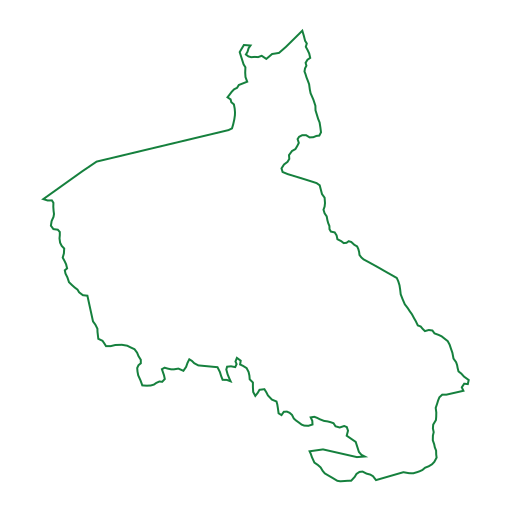 the district of Paramirim, Bahia, Brazil
{"feature_id": "56859067B35436689677217", "entity_name": "Paramirim", "entity_type": "district", "adm_level": 2, "iso_a3": "BRA", "parent_name": "Brazil", "parent_adm1": "Bahia", "projection": "albers", "projection_center": [-42.216, -13.498], "detail": "fine", "context": "isolated", "style": "outline", "palette": "green", "viewbox_px": 512, "rotation_deg": 0, "n_neighbors": 0, "source": "geoboundaries", "source_scale": "gbopen_adm2", "svg_char_len": 4414}
<svg xmlns="http://www.w3.org/2000/svg" viewBox="0 0 512 512"><path d="M302.3,30.7L285.9,46.9L279.0,52.9L275.4,53.5L272.1,54.0L269.2,56.5L266.3,58.9L261.7,55.8L258.1,57.1L254.6,56.9L251.2,57.2L248.4,56.4L245.9,54.5L247.5,51.8L248.6,48.2L250.5,45.5L243.9,45.0L241.2,49.5L239.7,52.1L242.7,61.6L243.6,64.4L245.4,67.3L245.2,72.8L245.5,77.1L247.2,81.7L238.8,85.0L237.1,87.8L234.1,89.3L231.7,91.8L229.3,95.0L227.5,97.3L230.6,99.4L231.3,102.2L233.9,104.4L234.7,108.7L235.0,112.4L234.9,115.3L234.3,119.4L233.2,124.3L232.0,128.4L228.5,130.1L96.6,161.6L82.4,171.2L43.3,199.1L47.7,200.5L51.9,200.4L53.4,202.8L53.3,206.9L53.6,211.0L54.0,214.0L53.5,216.9L51.6,221.1L50.9,225.7L53.4,229.1L57.8,229.7L59.8,232.0L59.8,235.3L59.5,238.4L60.1,242.7L61.7,245.9L64.2,248.5L63.9,253.4L62.7,257.6L64.6,261.1L66.1,264.3L67.1,268.4L64.8,270.3L65.5,273.6L67.4,277.4L69.0,282.2L71.9,285.0L74.7,287.5L77.5,289.6L79.1,292.3L82.9,295.2L87.4,295.7L93.0,321.4L95.4,324.7L97.4,328.7L97.5,331.9L98.3,338.8L102.5,340.8L104.3,343.4L106.0,346.1L110.8,346.1L115.3,345.0L118.5,344.9L121.9,344.8L127.2,345.7L130.4,347.3L134.5,349.2L137.1,352.7L138.5,356.1L140.8,359.8L140.8,363.3L138.5,365.2L137.2,368.0L137.5,371.6L138.2,375.3L140.5,380.4L142.3,385.4L146.8,385.7L150.7,385.5L153.9,384.6L156.3,382.9L159.4,381.5L162.2,381.8L164.8,379.0L164.0,375.3L162.9,372.1L161.9,369.2L164.6,367.7L167.7,368.6L171.0,369.3L174.1,369.3L178.4,368.6L183.4,370.8L186.1,366.9L187.5,362.9L189.3,359.3L191.9,360.9L194.2,363.2L198.3,365.4L217.5,367.2L219.9,372.0L221.1,375.9L222.6,379.8L226.8,379.9L230.6,381.3L229.2,378.2L227.6,374.3L226.3,369.5L227.1,366.7L231.0,366.3L235.2,367.1L236.6,364.1L235.5,361.5L236.9,357.9L240.7,360.7L240.1,364.5L242.9,365.8L246.6,368.1L248.6,372.0L249.4,375.6L249.7,379.3L252.9,382.5L252.9,387.1L253.2,392.0L255.3,395.9L257.7,392.9L259.5,389.8L264.4,389.2L266.4,392.4L267.9,395.4L271.9,399.6L276.5,401.5L277.3,404.5L277.9,408.3L278.6,413.3L281.5,415.1L283.8,411.8L286.9,411.6L289.6,412.8L292.0,414.9L293.8,418.5L295.9,420.4L299.1,422.7L301.6,424.6L304.2,425.6L308.4,425.8L312.5,424.5L312.3,420.9L310.7,417.4L314.3,416.8L317.2,417.9L319.9,419.3L324.0,420.9L327.5,421.4L330.3,422.1L333.5,423.2L335.5,426.3L339.7,427.5L344.2,426.0L346.8,427.1L348.0,430.7L346.7,435.7L350.9,438.6L355.7,441.9L357.4,447.2L358.9,451.9L361.4,454.8L364.7,456.5L356.9,457.1L323.0,449.4L309.6,451.3L310.8,453.9L311.9,457.1L314.4,462.6L317.9,465.0L320.6,467.4L322.7,470.9L324.8,473.4L328.7,475.7L332.5,477.9L337.3,480.8L340.3,481.3L343.2,481.1L347.4,480.8L351.2,480.7L354.7,476.9L356.5,473.9L359.5,471.9L362.6,471.6L366.5,473.6L370.3,474.6L373.0,476.2L376.0,480.1L403.4,472.2L409.1,473.2L413.2,473.3L417.3,472.1L419.8,471.2L422.4,470.0L425.1,467.7L428.7,466.3L432.0,464.3L434.3,461.9L436.6,457.6L436.2,454.5L436.1,450.6L434.8,447.3L434.2,444.3L432.8,440.3L432.9,435.6L433.7,432.2L432.9,428.4L433.2,424.6L435.9,420.1L436.2,416.9L436.3,412.5L435.7,407.9L437.1,403.8L438.1,400.5L439.4,397.3L442.2,394.7L446.2,394.7L463.4,390.8L461.8,387.3L464.2,383.7L467.8,384.1L468.7,380.0L464.0,376.6L461.3,373.6L458.5,371.4L457.6,367.9L457.1,365.1L456.1,362.2L453.5,358.6L452.4,352.8L450.8,348.2L449.6,344.6L447.7,341.1L444.5,338.6L441.6,336.3L438.6,334.9L434.5,333.4L432.4,330.5L428.8,330.0L424.9,331.1L422.5,328.7L420.7,326.5L417.8,325.4L415.8,321.2L414.1,318.3L411.9,314.2L409.8,311.3L407.8,308.2L404.8,304.3L402.6,299.2L400.7,294.3L400.2,289.9L399.5,285.3L398.3,281.4L396.8,278.0L383.6,270.5L380.0,268.4L369.0,262.3L363.6,259.4L361.4,257.5L359.5,255.0L359.1,251.9L358.3,249.0L357.1,246.4L354.3,244.8L351.3,242.0L348.7,241.2L346.5,242.8L343.7,243.1L341.3,241.2L337.4,239.2L336.6,235.4L334.7,232.4L330.9,231.6L329.5,229.2L329.4,226.0L328.2,223.1L327.4,220.2L326.7,216.4L324.6,213.3L323.5,209.7L324.6,206.6L325.0,203.1L324.6,197.7L322.0,194.1L319.7,185.3L316.6,183.1L312.3,181.7L305.0,179.4L287.7,174.1L282.6,172.0L281.5,168.4L284.0,164.5L287.5,161.9L289.3,158.9L289.0,155.1L292.0,151.0L295.4,149.1L297.3,145.9L298.8,142.9L297.6,139.1L299.1,136.8L302.2,135.2L306.1,135.2L309.6,137.4L313.3,137.2L316.5,135.9L319.3,135.6L321.0,132.3L320.4,127.6L319.6,122.5L318.1,118.8L316.9,114.8L315.5,110.3L315.4,105.8L313.4,99.7L311.8,96.0L310.6,93.3L309.8,89.4L309.1,84.2L307.8,80.7L306.5,77.4L305.5,74.1L304.5,71.5L305.0,68.4L306.4,65.7L305.6,62.8L307.5,59.7L310.2,57.9L309.2,53.5L307.5,49.9L305.8,46.8L306.8,43.5L305.1,40.8L303.8,35.7L302.3,30.7Z" fill="none" stroke="#15803d" stroke-width="2"/></svg>